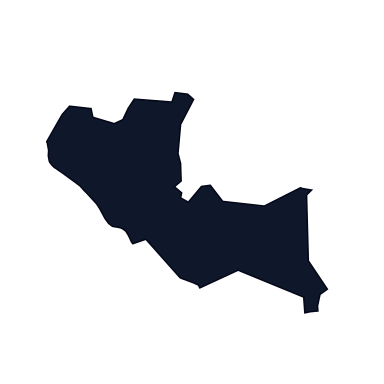 Maynard Hill, Castries, Saint Lucia (Mercator projection), rotated 102°
{"feature_id": "8701671B31339536458012", "entity_name": "Maynard Hill", "entity_type": "district", "adm_level": 2, "iso_a3": "LCA", "parent_name": "Saint Lucia", "parent_adm1": "Castries", "projection": "mercator", "projection_center": [-60.99, 14.003], "detail": "fine", "context": "isolated", "style": "filled", "palette": "ink", "viewbox_px": 384, "rotation_deg": 102, "n_neighbors": 0, "source": "geoboundaries", "source_scale": "gbopen_adm2", "svg_char_len": 1092}
<svg xmlns="http://www.w3.org/2000/svg" viewBox="0 0 384 384"><g transform="rotate(102 192 192)"><path d="M284.2,164.4L258.9,130.7L271.6,60.9L286.8,56.5L284.6,51.6L282.2,44.1L277.5,45.5L265.6,45.5L258.9,39.4L235.1,63.9L171.1,79.3L165.2,75.4L165.6,84.4L165.3,86.9L165.8,87.4L190.7,118.3L194.8,160.0L181.6,175.5L184.6,183.9L202.7,193.5L200.1,201.9L195.0,201.9L190.5,210.3L183.5,204.9L166.4,209.1L157.2,213.7L128.3,217.2L101.1,209.7L97.2,216.6L98.3,229.3L108.2,230.4L113.1,267.8L123.3,271.8L135.6,274.7L141.3,282.3L139.5,304.5L131.4,308.1L133.5,329.6L143.0,335.0L149.7,337.2L173.0,344.6L174.5,343.6L181.2,340.9L186.5,340.1L191.4,338.1L192.5,337.3L194.9,334.5L196.5,332.0L197.2,330.2L199.2,325.4L200.4,322.5L202.8,317.2L206.5,308.9L209.4,302.7L213.2,297.5L215.2,294.4L219.9,287.8L223.4,282.9L227.4,278.9L233.7,273.5L236.1,271.5L240.1,267.0L242.1,262.8L242.1,260.3L241.9,257.4L241.9,254.3L242.6,251.7L244.1,248.6L247.3,245.5L250.6,242.9L253.6,240.7L254.9,239.1L247.8,227.3L278.3,185.9L278.8,183.5L280.5,172.0L281.7,166.4L284.2,164.4Z" fill="#0f172a" stroke="#020617" stroke-width="1.5"/></g></svg>